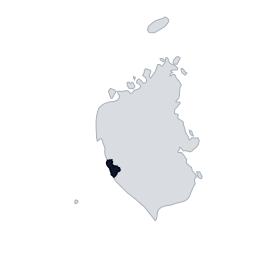 location of Uljin-gun, Gangwon, South Korea, rotated 164°
{"feature_id": "91817680B88731995383072", "entity_name": "Uljin-gun", "entity_type": "district", "adm_level": 2, "iso_a3": "KOR", "parent_name": "South Korea", "parent_adm1": "Gangwon", "projection": "albers", "projection_center": [129.325, 36.894], "detail": "fine", "context": "in_parent", "style": "filled", "palette": "ink", "viewbox_px": 256, "rotation_deg": 164, "n_neighbors": 0, "source": "geoboundaries", "source_scale": "gbopen_adm2", "svg_char_len": 4508}
<svg xmlns="http://www.w3.org/2000/svg" viewBox="0 0 256 256"><g transform="rotate(164 128 128)"><path d="M77.6,60.7L78.5,60.0L78.6,59.0L78.7,55.8L81.2,53.7L84.9,49.2L86.7,46.8L88.7,44.5L91.0,43.0L93.2,42.3L96.8,42.1L103.5,42.5L104.8,42.2L109.5,42.1L110.6,42.5L114.0,42.8L117.7,42.6L119.6,41.9L121.4,40.8L123.0,38.8L124.6,34.9L126.3,32.0L127.3,31.4L134.0,47.5L140.6,57.9L146.2,65.5L154.3,79.9L156.6,87.7L156.9,92.5L158.2,99.1L157.1,102.8L157.4,108.8L156.9,111.9L155.9,114.1L155.9,118.4L156.2,120.8L156.2,123.8L156.9,125.0L157.8,125.5L159.3,124.3L161.2,123.9L160.8,127.6L158.6,136.9L156.7,143.7L154.1,149.6L150.7,155.1L146.7,157.2L143.8,157.9L138.4,158.2L133.9,157.2L130.0,157.9L128.5,159.0L127.3,160.9L128.1,163.9L128.0,166.1L126.3,165.9L123.1,164.6L119.4,164.4L117.7,163.7L116.1,160.5L114.3,160.6L111.2,162.5L106.6,162.8L104.9,163.8L104.3,165.1L105.0,166.8L107.3,169.0L106.4,171.2L104.0,172.2L102.0,169.5L100.9,166.8L99.5,166.6L97.3,167.4L96.8,170.2L97.8,172.2L99.4,174.5L97.0,177.1L96.4,178.9L94.7,180.2L90.3,177.1L91.0,175.0L93.0,173.1L93.3,171.0L92.6,169.7L86.1,174.9L82.0,180.8L79.9,180.3L79.1,178.7L77.9,178.1L73.5,181.8L72.6,184.9L71.1,185.0L70.4,183.6L70.5,180.8L69.8,178.5L65.5,174.9L63.6,171.8L64.7,170.2L68.3,171.2L71.3,171.2L70.7,169.8L69.8,169.1L71.8,168.3L73.4,166.7L72.1,166.2L70.0,167.1L68.3,166.6L67.8,162.7L65.8,158.6L64.9,154.6L67.0,152.4L68.2,149.0L70.2,144.0L71.2,142.4L73.8,141.2L74.8,140.0L73.4,139.3L71.1,138.6L71.2,137.1L72.8,136.4L74.6,134.8L78.0,133.0L79.2,129.3L78.2,128.3L76.1,127.4L76.7,125.5L77.6,124.1L77.3,123.3L74.9,120.8L73.3,118.6L73.8,116.1L73.6,112.3L73.9,109.1L73.8,107.4L72.7,103.5L72.3,99.6L70.7,100.1L69.4,101.0L64.9,99.5L63.5,99.4L63.0,96.5L64.7,93.0L68.7,90.0L70.9,89.6L72.6,88.3L75.2,88.0L78.3,90.2L81.1,90.7L82.6,94.4L83.5,95.2L83.7,93.9L86.0,92.3L86.6,91.1L86.1,90.5L83.5,89.8L81.3,85.1L81.1,83.1L80.2,81.9L81.6,78.3L79.0,74.0L77.8,72.7L78.0,69.0L76.7,66.5L76.0,65.2L75.6,62.9L76.0,61.9L77.2,61.6L77.6,60.7ZM63.8,223.8L62.4,224.6L61.2,224.1L60.8,223.7L59.4,221.6L59.0,220.5L60.1,218.6L64.4,215.4L75.2,212.5L77.1,212.4L81.3,213.9L82.2,216.5L81.3,218.7L80.3,220.1L75.3,222.5L71.5,223.6L63.8,223.8ZM136.7,168.8L133.9,170.9L130.2,167.9L129.3,166.3L132.2,163.9L134.6,161.2L136.2,161.0L136.7,168.8ZM116.8,168.3L116.5,171.8L114.4,171.9L113.2,169.7L111.8,170.8L111.1,170.8L110.1,167.9L110.0,165.7L112.5,164.1L113.9,165.1L116.0,165.7L116.8,168.3ZM62.3,182.7L60.4,183.2L59.4,181.9L58.6,181.5L59.1,179.9L62.3,176.9L62.9,175.8L65.8,176.5L66.8,178.2L65.4,180.8L62.3,182.7ZM74.4,62.2L74.1,66.9L72.5,66.7L71.5,66.2L71.0,65.2L70.1,60.8L71.4,59.0L73.6,60.5L74.4,62.2ZM60.9,169.7L60.5,170.5L59.2,170.2L58.0,167.7L57.5,165.8L56.2,164.6L58.4,163.0L60.9,166.1L60.9,169.7ZM70.1,106.7L69.6,109.0L67.7,107.5L67.4,102.3L69.3,103.9L70.1,106.7ZM199.3,72.2L198.0,73.3L196.5,72.3L196.3,71.2L197.0,70.2L198.9,69.6L199.8,70.4L199.3,72.2ZM77.7,184.1L78.1,185.8L75.7,185.4L74.5,183.7L74.7,182.3L76.2,182.2L77.7,184.1ZM108.9,175.0L108.5,176.1L107.0,174.4L108.5,172.6L108.9,175.0Z" fill="#d9dde1" stroke="#a8b0b8" stroke-width="1"/><path d="M150.0,88.5L149.7,89.2L149.2,89.2L148.8,89.1L148.2,88.9L147.6,89.3L147.2,89.8L147.2,90.3L147.2,92.0L147.4,92.2L147.8,92.4L148.3,92.7L148.7,93.2L148.9,94.2L149.0,94.2L149.2,94.3L149.7,94.4L150.1,94.5L150.3,94.7L150.8,95.0L151.8,95.4L152.2,94.7L152.4,94.6L152.6,94.8L152.6,95.2L152.4,95.6L152.5,96.1L152.6,96.3L152.9,96.6L152.9,96.9L153.0,97.2L153.4,97.6L153.5,97.9L153.5,98.3L153.1,98.6L152.8,98.9L152.5,99.1L152.4,99.7L152.3,100.0L152.7,100.2L152.8,100.6L152.7,101.0L152.6,101.4L152.3,101.7L152.6,101.9L153.0,102.0L153.5,101.9L154.1,102.1L154.5,102.3L154.9,102.3L155.4,102.2L155.6,101.9L155.9,102.1L156.3,102.4L156.5,102.5L156.7,102.3L156.8,102.0L157.0,101.7L157.4,101.4L157.7,101.1L157.9,101.0L158.0,100.8L158.2,100.5L158.2,100.2L158.2,99.9L158.3,99.6L158.3,99.4L158.2,99.1L158.1,98.7L158.3,98.2L157.9,97.1L157.7,96.5L157.3,95.7L156.8,95.1L156.7,94.6L156.6,94.2L156.6,93.4L156.6,93.2L156.6,92.9L156.7,92.5L156.7,92.2L156.7,91.9L156.7,91.1L156.6,90.9L156.4,90.6L156.4,90.4L156.6,90.1L156.6,89.9L156.5,89.3L156.5,89.0L156.4,88.8L156.5,88.6L156.5,88.4L156.5,88.0L156.5,87.8L156.9,87.7L156.7,87.3L156.5,87.2L156.2,87.0L156.0,86.8L155.7,86.4L155.6,86.1L155.4,85.8L155.4,85.6L155.4,85.4L155.4,85.1L155.1,84.7L154.7,84.9L154.3,85.0L154.0,85.2L153.5,85.4L153.0,85.8L152.7,86.1L152.2,86.3L151.7,86.7L151.4,87.1L151.3,87.3L151.3,87.8L151.3,88.1L151.3,88.5L151.0,88.6L150.6,88.5L150.0,88.5L150.0,88.5Z" fill="#0f172a" stroke="#020617" stroke-width="1.5"/></g></svg>